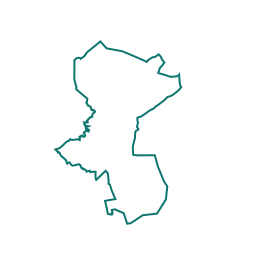 Njikoka, Anambra, Nigeria (Albers equal-area conic projection), rotated 146°
{"feature_id": "59680162B42022523568798", "entity_name": "Njikoka", "entity_type": "district", "adm_level": 2, "iso_a3": "NGA", "parent_name": "Nigeria", "parent_adm1": "Anambra", "projection": "albers", "projection_center": [7.011, 6.187], "detail": "fine", "context": "isolated", "style": "outline", "palette": "teal", "viewbox_px": 256, "rotation_deg": 146, "n_neighbors": 0, "source": "geoboundaries", "source_scale": "gbopen_adm2", "svg_char_len": 3630}
<svg xmlns="http://www.w3.org/2000/svg" viewBox="0 0 256 256"><g transform="rotate(146 128 128)"><path d="M102.5,215.2L120.0,213.6L122.0,212.7L124.2,212.0L128.5,211.8L128.5,212.7L129.6,213.8L131.2,214.5L132.1,214.7L133.5,214.2L134.4,214.3L145.4,198.2L147.9,190.7L148.9,189.7L149.2,188.7L145.3,175.0L147.5,172.6L148.2,172.4L148.2,171.9L148.5,171.4L148.3,170.9L148.3,170.6L148.6,169.8L148.4,169.3L148.6,168.8L148.1,168.4L147.6,167.3L147.3,166.6L147.2,165.9L147.7,165.1L148.1,163.9L147.5,163.6L147.4,163.4L147.6,163.2L147.8,163.0L147.6,162.6L146.5,162.1L146.6,161.9L146.5,161.1L146.1,160.6L146.1,160.0L146.4,159.9L147.2,159.7L148.1,159.6L149.0,159.5L149.9,159.1L150.7,158.6L151.1,158.1L151.3,157.3L152.3,157.7L152.8,157.6L153.3,158.0L154.0,158.0L154.8,157.7L155.5,157.4L156.5,157.5L156.7,157.1L157.0,157.0L158.1,156.9L158.1,155.4L159.1,155.5L160.2,156.4L160.6,156.5L161.1,157.0L161.1,156.3L161.8,155.8L161.5,155.6L161.8,155.1L162.4,154.2L162.0,153.7L161.0,152.7L160.1,151.9L159.7,151.5L160.3,151.6L161.3,152.0L162.1,152.4L162.4,152.5L163.3,151.2L163.2,150.8L163.2,150.7L162.7,150.5L162.4,150.0L161.9,149.2L161.6,148.7L161.9,148.3L161.9,148.2L161.6,148.0L161.9,147.6L162.9,147.2L163.3,148.2L163.8,149.4L164.2,149.3L164.8,149.3L166.0,148.8L166.5,149.0L167.2,148.9L167.5,148.1L167.4,146.9L167.5,146.3L167.9,145.4L169.7,145.4L169.8,145.6L170.1,146.5L170.3,147.1L170.2,147.5L171.7,147.7L172.8,147.8L172.6,146.9L173.5,146.7L174.1,146.4L174.3,145.4L174.7,145.0L175.9,146.7L176.1,146.9L176.6,147.1L179.3,148.4L180.7,149.2L182.2,150.6L182.3,151.1L182.8,151.1L183.2,150.7L183.9,150.3L185.0,150.7L186.1,151.0L189.8,150.5L191.4,150.0L191.9,150.0L192.8,150.0L194.3,149.8L194.9,149.7L195.8,149.6L197.0,149.8L198.2,150.2L199.3,150.5L200.2,150.8L199.6,148.1L199.7,147.4L199.8,146.7L198.9,146.7L198.8,146.1L198.7,145.6L198.7,145.0L198.8,144.6L198.9,144.0L198.9,143.1L199.0,142.3L198.9,141.5L198.7,141.0L198.6,140.4L198.3,139.9L197.9,138.0L197.5,136.5L197.4,135.8L197.7,135.7L197.6,135.2L198.1,134.1L198.3,132.4L196.0,132.5L195.7,131.9L195.7,131.4L195.7,129.9L195.6,128.8L195.1,127.9L194.1,127.3L188.9,125.4L188.3,123.4L188.8,122.0L188.9,121.1L188.7,121.1L188.7,120.7L188.4,119.3L188.1,118.8L187.5,119.1L187.1,118.0L186.6,116.8L186.4,116.1L186.4,115.7L186.5,115.4L186.7,115.0L185.2,114.5L183.6,114.0L183.9,112.5L183.4,112.3L181.6,111.3L181.0,110.9L180.5,110.7L179.4,109.8L179.6,109.4L180.3,108.4L180.6,108.1L181.2,107.4L181.7,106.4L182.3,105.5L182.9,104.3L183.4,103.0L183.4,102.7L176.9,103.9L170.4,105.0L170.1,101.7L173.3,95.5L175.4,92.5L174.6,91.4L176.2,86.2L176.8,83.4L177.6,79.6L178.2,76.1L184.0,78.8L187.8,80.4L188.9,77.4L189.8,75.2L190.5,73.0L192.7,68.2L191.6,66.8L190.0,65.4L189.5,66.3L188.6,65.8L187.2,69.1L184.2,67.8L182.1,64.1L180.5,61.9L179.2,59.7L182.2,49.1L180.6,48.4L179.7,47.8L179.2,47.6L164.5,47.4L151.8,40.8L136.5,47.6L128.1,57.6L128.0,63.9L126.5,70.7L124.7,79.6L121.0,90.4L136.0,100.4L138.7,102.9L136.7,106.2L134.2,110.2L127.7,115.9L126.5,117.7L124.3,120.5L122.8,121.2L120.6,120.8L119.9,121.3L120.0,123.7L118.9,124.9L116.8,126.8L116.4,127.8L115.3,130.3L114.3,131.3L110.5,130.2L105.4,130.2L99.6,130.4L96.9,129.9L95.1,129.9L93.2,130.4L89.3,130.3L86.8,130.5L82.5,130.7L78.0,131.6L75.0,130.7L71.9,130.4L66.2,130.8L63.0,131.4L60.9,132.3L61.1,133.8L60.0,136.3L55.8,143.6L56.4,143.4L59.0,143.7L64.0,146.6L65.8,148.7L66.1,149.4L72.2,156.6L71.3,157.5L70.6,157.8L68.9,159.3L67.9,159.9L66.7,160.3L64.8,160.6L62.2,161.7L61.3,161.8L61.4,166.8L60.9,168.6L61.4,171.9L66.1,171.8L67.6,172.7L68.3,173.0L69.1,172.9L73.0,173.1L75.5,172.3L75.6,172.7L82.6,183.8L89.8,194.8L101.2,206.0L102.5,215.2Z" fill="none" stroke="#0f766e" stroke-width="2"/></g></svg>